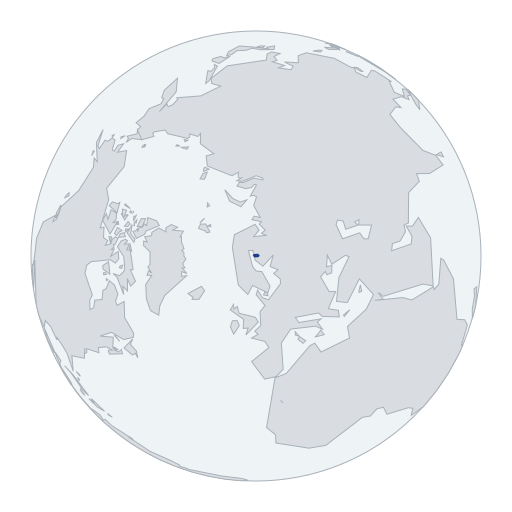 globe centered on Central Ostrobothnia, rotated 304°
{"feature_id": "FIN-3181", "entity_name": "Central Ostrobothnia", "entity_type": "Province", "adm_level": 1, "iso_a3": "FIN", "parent_name": "Finland", "parent_adm1": "", "projection": "orthographic", "projection_center": [23.72, 63.644], "detail": "fine", "context": "on_globe", "style": "filled", "palette": "blue", "viewbox_px": 512, "rotation_deg": 304, "n_neighbors": 0, "source": "natural_earth", "source_scale": "10m", "svg_char_len": 11752}
<svg xmlns="http://www.w3.org/2000/svg" viewBox="0 0 512 512"><g transform="rotate(304 256 256)"><circle cx="256" cy="256" r="225" fill="#eef3f6" stroke="#a8b0b8"/><path d="M36.1,207.2L37.9,200.3L39.4,194.7L39.7,192.9L46.7,172.8L51.6,161.9L85.7,108.7L91.9,101.9L96.3,98.3L129.1,74.8L104.9,89.7L113.6,82.5L124.6,75.1L123.3,76.7L137.2,69.9L147.9,64.2L165.3,60.6L177.3,66.8L170.9,68.4L174.6,70.0L182.8,68.3L187.4,66.8L211.0,72.4L238.5,71.7L246.8,67.0L245.3,71.8L260.7,60.3L275.4,58.5L259.0,63.4L257.5,66.1L267.6,66.1L268.2,69.0L273.5,70.8L273.3,74.4L263.8,77.3L263.5,79.8L270.7,79.7L275.0,83.5L264.6,83.2L271.1,89.8L256.4,96.7L228.6,94.3L220.5,102.3L192.2,111.1L195.0,113.8L186.0,119.3L185.8,124.5L180.6,125.0L184.9,128.8L189.7,127.4L193.2,128.7L193.5,131.7L186.9,132.7L185.8,131.4L184.1,133.3L180.6,132.5L182.5,134.6L174.5,135.7L182.8,139.2L176.8,143.9L171.4,143.4L171.5,137.4L159.2,122.6L153.8,120.8L146.0,123.9L132.2,142.1L126.4,142.9L118.8,148.2L122.2,150.4L129.3,147.1L133.8,152.7L142.0,148.3L145.0,150.1L153.6,148.2L152.7,155.0L147.2,162.8L140.0,164.8L137.4,168.4L144.6,172.1L131.5,181.5L123.5,197.9L120.1,199.8L112.8,193.2L111.9,178.9L102.4,171.5L108.9,183.1L100.3,188.2L99.0,192.0L99.7,195.9L103.2,196.7L100.3,200.0L92.7,189.4L95.2,186.2L97.6,189.5L97.1,183.0L92.0,176.5L88.0,179.9L84.4,167.4L81.5,169.7L79.1,168.5L84.0,165.5L75.2,170.9L70.4,159.1L58.3,168.9L69.7,153.7L73.6,145.5L77.1,136.7L75.1,138.0L82.6,125.3L84.7,117.4L78.6,120.1L70.6,129.3L63.0,142.5L63.9,143.5L60.1,152.7L56.0,153.9L48.3,172.3L45.2,177.1L42.0,185.6L39.8,193.5L37.0,204.4L37.4,207.1L37.0,215.7L34.5,221.4L36.2,222.3L34.7,231.1L35.3,252.6L34.6,252.2L34.8,277.5L38.9,300.6L39.9,309.6L39.0,309.8L41.3,317.6L41.4,319.5L54.3,350.3L63.9,369.2L65.6,374.8L61.6,369.8L53.6,355.0L46.8,339.6L41.1,323.7L36.7,307.5L33.4,291.0L31.5,274.2L30.7,257.4L31.3,240.6L33.0,223.8L36.1,207.2ZM55.2,170.8L46.7,195.3L48.3,184.3L48.6,185.7L51.5,178.8L55.7,167.7L58.0,158.7L55.2,170.8ZM58.6,175.1L59.8,171.3L59.1,174.7L58.6,175.1ZM189.3,65.7L182.9,68.0L175.2,68.6L180.4,66.4L189.3,65.7ZM204.0,65.7L201.2,67.3L197.4,64.9L200.2,64.7L204.0,65.7ZM252.6,63.2L247.3,63.7L252.2,62.2L252.6,63.2ZM274.2,70.4L275.5,69.4L277.7,70.8L274.2,70.4ZM153.5,144.6L153.5,146.4L151.9,145.8L153.5,144.6ZM157.2,142.2L155.3,140.3L156.8,138.9L157.9,140.1L157.2,142.2ZM279.5,77.6L282.5,80.3L277.8,78.1L279.5,77.6ZM159.2,145.0L159.6,136.7L162.3,134.3L168.8,137.0L159.2,145.0ZM283.2,82.2L290.8,89.0L294.3,87.2L288.5,96.3L284.0,87.4L277.6,84.8L282.2,84.5L283.2,82.2ZM191.1,125.7L186.0,127.3L189.9,123.2L191.1,125.7ZM192.7,122.7L199.8,108.9L207.5,108.2L203.5,112.9L213.2,110.0L213.5,116.5L208.2,119.6L203.2,118.6L207.1,121.9L192.7,122.7ZM284.1,100.4L284.5,102.6L282.3,100.9L284.1,100.4ZM194.9,128.9L195.6,126.0L202.3,125.2L202.1,130.8L200.0,129.3L194.9,128.9ZM215.7,106.2L220.6,106.7L222.1,112.1L224.3,113.1L214.2,116.6L215.7,106.2ZM198.6,131.0L201.7,133.7L198.9,136.9L194.6,131.6L198.6,131.0ZM204.2,122.7L207.3,122.7L205.5,124.5L204.2,122.7ZM190.5,150.1L191.2,146.5L194.8,145.8L190.5,150.1ZM203.1,134.5L204.1,133.4L205.5,132.8L207.0,135.2L203.1,134.5ZM216.0,120.2L215.6,122.4L220.2,119.0L221.5,123.1L214.5,124.8L218.1,125.7L218.5,127.0L212.4,127.0L216.0,120.2ZM212.9,135.7L204.4,139.6L202.3,146.3L199.0,147.1L203.1,136.2L212.9,135.7ZM213.1,130.6L212.2,133.9L208.7,133.1L207.1,130.4L213.1,130.6ZM225.0,125.3L224.7,118.6L226.2,118.5L225.0,125.3ZM212.9,137.8L215.0,136.9L213.2,138.4L212.9,137.8ZM222.1,129.2L221.7,126.9L223.5,126.8L222.1,129.2ZM219.3,137.0L216.5,138.2L215.4,136.3L219.3,137.0ZM221.1,133.6L223.6,134.0L216.6,134.9L220.7,132.5L221.1,133.6ZM223.8,129.5L224.7,128.7L223.6,130.6L223.8,129.5ZM225.3,143.6L216.7,145.2L214.1,141.0L222.8,140.0L225.3,143.6ZM224.8,479.1L210.8,473.8L217.4,471.2L215.5,467.2L198.0,453.0L201.9,446.3L197.1,441.8L187.2,440.2L181.6,434.3L175.6,432.4L138.0,419.7L126.3,407.4L112.1,377.1L118.7,372.2L119.7,360.7L165.6,339.9L175.6,346.8L212.0,350.9L216.6,353.5L212.7,363.6L240.3,379.4L248.8,371.2L273.5,377.2L289.7,375.0L294.9,354.4L268.4,357.8L263.4,348.1L284.5,336.8L307.6,333.5L306.5,329.7L291.6,323.5L296.6,314.6L286.4,320.6L290.7,324.2L284.4,328.1L280.1,325.2L282.0,322.0L274.9,321.1L267.4,336.6L271.1,341.9L252.7,345.4L257.0,354.7L252.1,359.1L243.1,345.0L243.7,339.7L227.1,322.9L224.8,328.7L240.3,345.1L235.6,343.7L232.5,352.1L231.1,344.6L214.8,325.6L198.0,325.7L177.2,341.9L167.3,340.1L158.8,332.0L166.0,311.4L187.3,317.9L190.1,311.2L185.5,298.2L192.3,301.5L193.0,297.1L201.0,298.9L211.9,290.6L220.0,291.1L224.0,277.8L228.7,276.4L225.0,284.6L226.7,290.8L246.7,291.8L250.5,289.0L251.5,280.4L256.9,282.0L255.2,273.5L266.6,269.8L251.4,267.4L252.1,257.7L258.8,250.2L256.3,246.7L245.4,259.0L243.6,264.4L246.3,269.6L238.9,284.5L232.1,286.4L229.6,269.6L219.6,270.7L222.0,257.6L249.9,231.6L261.6,226.2L281.7,237.5L279.2,244.1L270.7,243.2L278.8,252.8L278.0,247.8L282.5,249.2L284.3,240.8L287.6,241.4L283.8,232.3L288.0,232.2L290.3,238.0L296.6,225.8L305.3,223.4L305.1,220.3L302.5,217.8L315.2,216.7L314.5,214.5L310.1,214.0L305.9,209.4L303.4,201.1L308.0,201.1L309.5,204.2L319.5,210.8L322.8,219.1L324.4,218.3L322.6,211.2L310.4,203.0L307.6,198.0L313.8,200.9L311.4,199.5L311.4,197.0L315.7,194.7L309.1,191.2L303.4,165.3L311.1,158.7L317.2,163.9L318.0,147.0L326.7,141.5L322.6,141.0L320.2,132.9L317.5,134.5L315.3,133.6L308.0,114.5L309.7,110.3L301.9,102.1L299.8,101.9L298.1,104.5L288.5,96.3L294.3,87.2L298.8,88.1L299.4,82.1L309.5,85.0L318.2,84.9L329.0,92.1L334.9,91.6L334.4,89.4L342.1,87.3L359.5,91.5L347.5,98.0L321.7,95.2L332.4,97.0L330.6,99.7L334.8,102.3L342.3,103.6L342.8,101.8L357.9,120.7L377.1,131.8L374.3,122.8L378.2,119.5L397.6,125.9L424.2,155.0L429.7,152.3L433.8,154.7L437.3,162.7L431.4,159.3L430.0,164.0L426.2,161.0L429.9,173.1L424.5,169.4L430.1,181.0L434.1,180.7L432.8,171.1L439.9,183.1L445.7,179.0L452.6,184.1L463.6,210.2L465.5,229.1L466.9,232.0L464.4,236.0L466.0,248.1L474.5,247.8L475.9,251.4L476.3,270.8L475.4,268.7L469.0,279.1L471.3,289.8L476.3,283.9L478.1,287.0L475.8,294.2L473.5,292.0L471.2,295.5L469.3,287.2L462.6,281.9L460.1,293.2L457.8,288.4L448.2,287.9L443.2,303.9L436.9,335.5L440.0,348.7L436.1,360.2L421.4,353.7L414.1,343.1L409.3,349.6L393.9,347.1L368.5,363.9L364.5,361.4L359.8,366.3L348.9,367.1L342.6,362.1L336.2,365.5L352.8,378.0L359.7,374.2L364.8,363.8L368.3,369.1L378.8,369.0L368.6,390.7L330.3,419.5L326.0,410.0L293.6,383.9L294.3,379.5L294.1,379.1L293.7,378.3L291.3,385.6L285.6,379.3L303.5,400.8L306.8,409.9L329.8,420.3L327.8,422.5L335.0,423.3L357.4,410.5L357.6,413.8L347.5,432.5L315.9,458.0L319.8,464.6L317.0,469.8L296.7,476.3L297.8,477.3L287.2,479.1L266.3,481.0L245.5,481.0L224.8,479.1ZM150.3,357.1L149.1,360.5L150.3,357.1ZM332.8,339.4L346.3,334.5L339.1,323.8L343.7,321.1L339.6,318.6L338.5,323.1L328.3,315.4L333.7,308.8L331.4,303.4L326.8,304.8L318.6,318.1L333.2,329.0L330.6,335.7L332.8,339.4ZM35.4,253.2L35.2,257.0L34.8,253.5L35.4,253.2ZM46.9,184.7L45.9,189.1L44.8,192.2L45.3,189.1L46.9,184.7ZM42.4,221.5L42.0,227.0L41.7,222.2L42.4,221.5ZM45.7,199.1L42.6,217.3L42.1,208.6L44.3,197.3L43.8,203.8L45.7,199.1ZM55.7,175.8L54.7,178.9L53.9,178.9L55.7,175.8ZM58.1,177.7L58.2,176.7L59.4,174.7L58.1,177.7ZM100.7,188.8L101.2,189.7L101.2,193.9L99.7,192.4L100.7,188.8ZM110.3,210.0L105.5,214.9L107.9,210.3L104.8,209.0L106.0,198.0L118.5,200.2L112.6,201.1L110.3,210.0ZM111.2,184.2L109.0,190.7L110.9,183.5L111.2,184.2ZM189.1,272.6L191.9,276.5L189.0,281.1L178.7,281.2L182.9,274.5L189.1,272.6ZM196.6,281.2L196.9,264.9L203.3,264.4L199.6,267.4L203.8,268.7L199.1,273.9L204.8,289.7L202.6,294.8L184.9,291.8L191.9,289.8L188.8,285.9L196.6,281.2ZM186.6,226.9L186.8,220.6L200.3,227.7L198.5,232.8L188.2,233.0L184.3,227.2L186.6,226.9ZM170.6,151.6L169.9,149.3L171.7,148.9L173.8,150.6L170.6,151.6ZM190.5,148.5L176.0,161.7L174.3,159.6L167.7,170.2L160.9,168.9L165.4,162.0L155.1,169.1L156.4,162.4L150.0,167.9L160.7,152.8L161.5,147.2L163.3,153.8L169.5,155.1L172.5,154.0L181.4,146.9L186.2,136.0L193.2,135.8L196.9,138.5L196.8,141.1L192.3,140.4L195.4,144.4L188.8,145.3L190.5,148.5ZM236.0,175.0L230.8,172.4L236.0,181.9L229.4,182.3L230.4,183.4L225.8,186.5L221.9,192.2L218.9,191.5L218.7,194.1L215.6,196.3L214.3,199.6L208.5,199.5L206.4,203.7L204.8,201.3L202.8,208.5L201.6,203.1L197.5,205.7L200.9,209.5L172.2,202.4L161.2,204.0L152.5,208.5L151.7,199.1L159.2,189.1L170.7,180.5L181.5,180.5L179.1,176.4L183.6,175.2L183.6,178.9L186.3,172.6L189.9,172.7L200.2,165.9L201.8,157.0L205.6,154.5L206.8,158.0L209.7,153.0L214.5,158.1L217.4,156.4L224.9,159.9L225.7,167.9L228.8,165.5L234.7,168.2L236.0,175.0ZM227.3,144.8L229.6,154.0L227.2,158.8L215.0,150.8L211.8,151.6L203.8,147.0L207.6,140.2L209.5,142.1L212.2,142.4L210.0,144.4L213.8,143.0L216.6,145.7L220.3,145.4L220.0,148.4L227.3,144.8ZM221.7,350.1L225.3,351.0L230.8,351.1L228.9,356.5L221.7,350.1ZM210.4,337.3L213.5,337.1L213.6,344.6L209.9,343.8L210.4,337.3ZM215.2,330.8L213.7,336.5L212.4,332.9L215.2,330.8ZM227.9,284.0L231.3,283.3L231.7,285.4L229.8,288.2L227.9,284.0ZM250.1,204.4L247.5,201.8L248.5,200.6L246.7,192.9L251.4,192.1L254.4,196.5L250.1,204.4ZM290.5,358.7L285.8,363.3L283.4,361.8L285.5,360.5L290.5,358.7ZM255.9,361.5L263.9,363.8L255.3,363.0L255.9,361.5ZM254.9,202.2L253.7,199.1L256.8,200.7L254.9,202.2ZM254.8,191.2L258.5,192.3L251.8,191.1L254.8,191.2ZM326.9,469.8L325.8,469.9L332.6,465.2L344.6,459.7L350.8,455.1L353.9,456.2L338.0,465.8L326.9,469.8ZM477.4,297.6L475.8,303.9L468.8,310.0L471.4,303.1L477.9,290.5L477.6,293.3L479.0,288.0L478.8,289.6L477.4,297.6ZM480.6,273.0L480.5,272.1L480.6,266.8L480.9,261.7L479.2,232.0L479.3,227.4L480.5,237.7L480.5,236.9L481.3,254.9L480.6,273.0ZM440.9,348.9L445.7,351.2L443.1,356.0L440.9,348.9ZM476.3,217.0L478.5,229.4L475.7,216.3L476.3,217.0ZM473.3,207.3L474.3,209.0L473.6,210.1L473.3,207.3ZM469.0,235.2L468.8,241.2L467.7,239.7L467.3,231.4L469.0,235.2ZM457.8,188.6L461.9,193.1L463.3,195.7L461.2,195.4L457.8,188.6ZM293.5,193.1L290.7,204.6L291.9,212.7L297.4,217.0L288.4,216.0L286.7,203.5L293.5,193.1ZM301.7,168.6L296.8,165.2L299.6,163.7L301.1,164.2L301.7,168.6ZM298.2,168.7L290.9,170.4L288.6,166.5L294.9,166.0L298.2,168.7ZM273.0,186.2L271.8,189.5L269.3,188.1L273.0,186.2ZM475.6,205.7L475.9,208.0L477.2,214.9L473.4,198.7L473.9,199.1L475.4,204.7L475.6,205.7ZM474.1,202.8L475.5,209.2L473.4,200.9L474.1,202.8ZM475.2,209.3L474.2,207.3L473.7,203.6L475.2,209.3ZM473.6,200.2L471.5,195.0L472.2,195.4L473.6,200.2ZM471.5,203.5L472.3,198.9L473.1,208.5L468.0,200.9L467.3,195.9L471.5,203.5ZM434.9,145.8L432.2,145.0L430.1,140.2L432.6,142.1L434.9,145.8ZM420.8,124.7L428.7,138.7L434.6,150.5L435.1,148.3L440.6,154.0L437.3,155.5L429.7,144.7L426.0,136.5L420.9,132.6L415.5,125.3L409.6,123.3L405.7,119.6L409.9,119.0L420.8,124.7ZM407.2,122.9L395.0,117.7L393.1,110.4L395.4,109.9L401.8,115.3L402.4,118.8L407.2,122.9ZM391.5,114.4L391.9,117.8L374.9,119.2L370.9,117.8L382.8,112.4L383.9,115.4L388.4,116.5L391.5,114.4ZM286.8,102.1L284.7,102.6L285.8,100.9L286.8,102.1ZM313.9,134.7L311.1,133.3L312.4,131.2L313.9,134.7ZM304.2,128.3L304.7,131.6L302.3,128.1L304.2,128.3ZM306.0,139.2L304.0,132.9L308.7,139.0L306.0,139.2Z" fill="#d9dde1" stroke="#a8b0b8" stroke-width="1"/><path d="M254.7,255.4L254.8,255.2L255.0,255.2L255.3,255.0L255.3,254.9L255.4,255.0L255.4,254.9L255.5,254.9L255.4,254.8L255.4,254.7L255.4,254.4L255.5,254.4L255.6,254.5L255.6,254.4L255.7,254.5L255.8,254.5L255.8,254.4L255.7,254.2L255.8,254.2L256.0,253.9L256.3,254.2L256.5,254.3L256.7,254.5L256.7,254.8L256.8,254.8L256.9,255.0L257.0,255.1L257.3,255.3L257.5,255.8L257.8,256.1L258.2,256.6L258.3,256.7L258.1,256.9L257.9,257.0L257.9,257.3L257.9,257.5L257.8,257.8L257.8,258.0L257.5,257.9L257.4,257.9L257.1,258.1L256.9,257.9L256.7,257.6L256.3,257.4L256.2,257.4L256.0,257.2L255.9,256.9L255.9,256.5L255.9,256.4L255.7,256.2L255.6,255.9L255.6,256.0L255.8,256.0L256.0,255.9L255.8,255.6L255.6,255.5L255.4,255.6L255.2,255.7L254.8,255.4L254.8,255.5L254.7,255.4L254.7,255.4Z" fill="#3b82f6" stroke="#1e3a8a" stroke-width="1.5"/></g></svg>